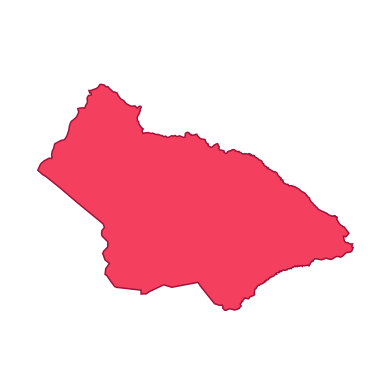 Ulma, Suceava, Romania, rotated 258°
{"feature_id": "2599482B36214324611415", "entity_name": "Ulma", "entity_type": "district", "adm_level": 2, "iso_a3": "ROU", "parent_name": "Romania", "parent_adm1": "Suceava", "projection": "albers", "projection_center": [25.264, 47.853], "detail": "fine", "context": "isolated", "style": "filled", "palette": "rose", "viewbox_px": 384, "rotation_deg": 258, "n_neighbors": 0, "source": "geoboundaries", "source_scale": "gbopen_adm2", "svg_char_len": 5942}
<svg xmlns="http://www.w3.org/2000/svg" viewBox="0 0 384 384"><g transform="rotate(258 192 192)"><path d="M245.4,45.7L240.1,49.5L237.7,52.2L223.7,63.6L205.5,77.6L179.4,98.4L175.6,99.0L173.1,95.9L170.3,94.9L167.5,94.9L160.8,99.3L155.7,98.1L152.6,93.4L150.5,91.9L143.7,92.8L139.3,96.4L135.0,91.7L129.5,89.8L128.0,91.3L121.9,93.8L115.6,96.7L114.5,98.2L106.6,121.7L102.8,121.0L101.9,126.2L103.3,129.2L107.1,145.0L103.0,152.5L102.4,179.1L98.4,180.6L77.9,190.9L76.9,193.0L75.4,195.3L75.1,197.7L74.9,198.2L74.3,198.3L72.4,198.0L71.5,198.2L70.0,199.1L69.4,199.8L69.2,200.8L69.9,203.8L70.0,204.5L68.8,207.1L67.8,208.8L67.7,209.4L68.1,213.3L68.4,214.0L69.8,215.5L70.2,216.4L72.0,215.8L72.3,216.0L72.7,216.2L73.3,217.3L74.7,217.8L74.8,218.3L74.4,218.6L74.5,218.8L75.4,219.3L76.4,220.4L76.6,221.0L77.4,221.2L77.4,221.7L76.6,223.0L75.8,225.0L76.1,225.7L77.2,226.5L77.5,227.3L78.0,230.7L78.6,231.9L80.9,232.1L83.9,233.4L84.3,234.6L86.9,237.0L87.0,237.7L86.8,238.1L86.9,238.5L87.6,239.8L87.7,240.5L87.6,241.2L88.1,242.7L88.5,243.1L88.5,243.8L89.1,244.4L89.0,245.4L89.4,245.5L90.0,245.3L90.1,245.5L90.1,246.6L90.5,247.1L90.4,248.1L91.3,249.4L92.0,250.0L91.9,250.9L92.3,251.6L92.8,251.9L92.5,252.7L92.8,254.3L93.0,254.8L93.6,255.1L93.7,255.9L94.1,256.6L94.0,257.4L94.5,257.1L95.1,257.3L95.1,257.8L95.4,258.2L94.9,260.2L95.1,260.6L95.3,260.7L96.0,260.6L96.4,260.9L96.4,261.2L95.6,261.4L95.6,261.5L95.9,262.0L95.9,262.9L96.4,263.0L96.2,264.1L96.9,265.1L96.2,266.0L96.1,266.9L96.0,267.3L96.3,267.9L96.1,269.1L97.0,269.9L96.6,271.1L96.8,272.0L96.8,272.5L96.4,273.3L96.8,273.5L97.3,274.2L97.5,274.8L97.3,275.3L97.6,275.6L97.8,276.8L98.3,277.5L98.1,277.8L97.4,278.0L97.7,279.0L97.1,279.4L97.5,280.4L97.3,280.7L97.8,280.8L97.1,282.0L97.4,283.0L96.9,283.4L96.8,283.7L97.2,284.3L96.5,284.6L96.9,284.9L96.9,285.4L96.3,287.0L96.4,287.5L96.4,289.7L96.1,290.5L95.5,290.9L95.5,291.3L96.4,291.6L96.7,292.3L97.8,292.9L99.4,295.0L99.0,295.5L99.1,295.9L99.3,296.2L100.0,296.4L101.1,298.3L100.7,299.3L100.7,300.3L99.6,302.2L98.7,305.1L98.8,305.8L99.1,306.7L99.0,307.8L99.6,309.0L99.5,309.4L98.6,310.7L97.1,313.9L97.4,315.6L98.6,318.6L98.8,320.1L98.6,321.4L97.4,323.7L97.4,324.1L98.3,326.7L98.9,327.2L99.3,328.3L100.5,329.9L100.6,330.6L100.4,332.7L100.4,334.8L101.0,336.0L104.2,338.1L104.6,338.0L104.6,337.3L105.3,337.1L106.1,337.3L107.8,338.3L108.0,337.3L108.1,336.2L110.4,333.3L110.3,333.0L110.5,332.1L111.3,331.3L112.3,330.9L117.2,330.9L117.1,331.8L116.1,333.1L119.0,336.9L124.8,334.2L125.8,333.9L127.0,332.2L127.8,331.7L128.1,331.2L130.3,329.6L134.9,328.0L135.2,327.9L136.5,328.6L136.7,328.3L137.0,328.6L137.2,328.1L137.6,328.2L137.7,327.5L138.7,327.2L138.6,326.8L139.0,326.7L138.9,326.2L139.2,326.1L139.3,325.0L139.0,324.6L139.4,323.5L140.0,323.1L140.8,321.8L141.3,320.7L142.6,320.0L148.5,312.2L149.7,311.4L151.1,310.9L151.9,309.9L153.2,309.5L154.6,308.2L155.7,307.9L157.7,306.4L160.1,305.7L161.5,305.7L162.6,304.7L167.4,302.1L168.7,300.8L169.5,299.5L172.3,297.5L175.9,293.6L176.1,292.8L176.6,292.2L176.6,291.8L177.5,290.9L177.5,289.9L178.0,288.1L178.5,287.7L179.5,287.5L179.7,286.9L179.8,285.9L180.6,285.1L181.1,284.2L181.7,283.9L182.6,283.1L183.3,283.5L184.0,283.1L185.0,283.2L185.0,282.2L185.7,281.4L186.4,282.0L187.1,282.0L189.4,280.1L190.4,279.6L192.9,279.1L194.3,277.9L194.8,276.1L198.3,272.4L198.7,271.4L200.0,271.5L199.9,270.5L200.1,270.2L201.0,270.1L201.7,269.6L202.8,268.1L203.6,267.9L204.5,268.1L204.8,267.9L205.3,267.2L206.1,266.8L207.5,266.8L209.1,265.1L209.7,264.0L211.3,263.2L211.6,262.5L212.2,262.2L212.6,261.3L214.3,260.3L214.8,260.4L215.0,259.9L215.0,259.3L214.7,259.0L214.8,258.6L215.9,258.0L215.5,257.3L216.0,256.9L216.9,257.0L217.1,256.7L216.8,256.4L216.7,255.8L217.7,255.6L217.5,254.5L217.9,253.3L218.2,252.8L218.1,251.6L218.6,251.1L218.5,250.3L218.6,249.8L219.6,248.4L220.4,248.0L220.8,247.1L222.0,246.3L221.8,245.4L222.4,244.4L223.1,243.3L224.5,242.3L224.8,241.4L225.0,240.0L224.4,238.9L224.3,238.1L224.4,236.6L224.0,235.8L223.9,235.0L222.8,234.1L222.7,233.7L222.9,232.8L224.1,231.6L225.6,231.9L226.8,229.6L227.3,227.9L227.5,227.8L229.3,227.2L230.6,228.1L231.8,227.4L233.6,227.3L234.0,227.0L233.8,225.2L233.3,223.6L231.9,221.3L231.7,220.5L231.8,219.7L233.9,217.5L234.3,217.3L235.4,217.9L237.1,216.1L240.1,215.8L240.8,215.3L241.8,212.5L242.9,210.8L243.6,210.6L245.8,209.1L247.4,208.8L247.6,207.9L247.3,206.1L247.6,203.5L247.8,203.1L248.4,203.1L248.9,201.9L250.3,201.5L251.3,200.3L251.3,199.3L251.0,198.4L250.3,197.5L247.6,196.8L247.2,196.3L247.1,195.7L247.3,194.8L249.6,191.4L249.3,189.7L249.4,188.5L250.7,187.4L250.8,187.0L250.4,185.9L251.0,184.8L251.2,183.5L250.5,181.1L250.4,180.1L250.5,179.3L252.2,177.6L252.0,176.8L252.3,175.6L252.8,174.9L253.5,174.5L253.4,173.9L253.8,173.4L255.3,170.9L255.6,170.0L255.7,168.8L257.8,165.7L257.7,164.6L257.9,163.8L259.2,161.7L259.6,158.4L259.5,156.2L262.4,155.8L263.2,156.2L263.3,156.8L263.8,157.4L265.1,156.2L268.5,154.6L270.1,154.2L271.7,154.4L273.4,153.4L274.3,153.7L275.8,153.7L278.0,155.0L279.1,156.3L282.6,158.4L283.9,158.6L285.3,159.9L286.4,159.8L286.7,159.1L286.8,158.3L285.7,156.0L285.7,155.5L288.0,154.2L288.3,152.6L288.4,151.2L288.6,150.5L289.5,149.1L291.9,146.2L295.4,144.3L298.0,141.6L301.8,139.8L304.4,139.3L306.0,136.9L305.9,136.4L306.4,135.6L309.0,133.8L309.4,133.3L312.5,131.7L312.7,131.4L312.7,129.9L313.1,129.4L314.8,128.5L315.3,127.7L315.6,126.6L316.2,125.6L316.3,124.9L316.0,123.8L314.9,123.0L313.6,121.2L313.1,119.8L312.3,113.7L312.7,112.3L310.2,112.6L310.3,113.6L308.9,113.8L307.9,113.7L307.7,111.9L308.0,111.0L306.4,109.3L305.2,108.8L302.2,108.5L300.8,107.9L299.0,106.1L296.3,104.6L297.0,102.8L297.3,101.3L297.4,97.6L295.2,97.6L294.2,98.0L292.6,97.1L289.3,94.5L287.3,91.1L286.3,88.8L284.9,87.5L282.0,85.8L277.9,84.3L272.9,81.3L270.6,79.1L269.6,78.0L269.7,74.9L267.8,68.1L267.4,67.6L263.2,65.6L261.1,63.8L257.0,62.3L254.2,62.1L254.1,61.3L254.8,59.0L254.7,58.5L254.1,57.2L253.4,54.3L251.8,51.2L250.9,49.9L250.4,49.4L245.4,45.7Z" fill="#f43f5e" stroke="#9f1239" stroke-width="1.5"/></g></svg>